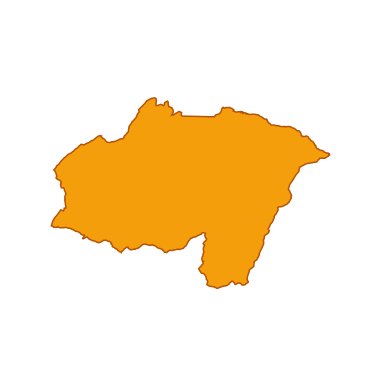 the district of Chupaca, Junín, Peru, rotated 232°
{"feature_id": "86281439B55611133848114", "entity_name": "Chupaca", "entity_type": "district", "adm_level": 2, "iso_a3": "PER", "parent_name": "Peru", "parent_adm1": "Junín", "projection": "equal_earth", "projection_center": [-75.432, -12.21], "detail": "fine", "context": "isolated", "style": "filled", "palette": "amber", "viewbox_px": 384, "rotation_deg": 232, "n_neighbors": 0, "source": "geoboundaries", "source_scale": "gbopen_adm2", "svg_char_len": 6053}
<svg xmlns="http://www.w3.org/2000/svg" viewBox="0 0 384 384"><g transform="rotate(232 192 192)"><path d="M140.0,322.0L142.1,320.7L142.9,321.0L143.6,320.5L144.2,320.3L145.8,319.1L146.4,318.3L147.8,318.2L148.6,317.8L149.0,317.3L151.1,317.3L151.9,318.0L153.0,318.0L153.5,317.6L154.6,318.1L155.5,318.0L155.9,318.2L156.9,318.3L159.6,317.3L160.6,317.5L161.8,317.2L164.0,317.4L165.5,316.8L165.9,316.2L166.9,313.9L167.4,313.5L168.0,313.7L168.7,312.8L169.7,313.0L170.5,313.6L172.2,314.1L174.4,314.0L175.4,312.6L179.5,311.7L179.9,311.1L181.5,310.2L182.3,310.1L184.3,308.3L186.3,305.2L186.9,305.1L187.2,304.3L188.3,303.0L189.5,301.8L190.8,301.1L192.5,299.1L193.6,298.5L196.2,295.5L197.9,295.6L198.6,295.1L200.1,295.1L200.7,294.7L202.2,295.6L202.6,295.2L203.5,295.6L204.1,294.5L206.2,293.5L207.0,293.6L209.7,292.3L212.0,291.7L215.3,288.6L217.8,284.9L218.3,284.4L218.7,284.4L219.1,283.8L219.6,283.9L220.0,282.9L220.9,283.1L221.1,282.5L221.5,282.7L222.1,282.2L222.7,281.5L222.4,280.9L222.6,280.5L223.2,281.4L224.1,281.1L224.3,280.0L224.7,280.6L225.0,280.4L225.0,279.6L225.3,279.7L225.5,280.2L225.6,279.0L226.1,278.7L226.9,277.6L227.2,276.7L228.0,275.9L230.3,274.3L230.6,274.5L230.7,275.4L231.1,275.6L231.8,275.1L233.4,274.9L234.6,273.9L236.0,273.3L236.2,272.5L237.5,270.9L238.1,269.0L238.4,268.8L239.0,269.0L239.5,268.6L239.7,268.2L239.2,266.7L237.5,264.6L237.0,263.1L236.9,261.2L238.1,258.2L238.0,257.2L237.4,256.0L257.9,230.9L258.9,230.8L259.7,231.2L261.0,232.7L263.3,231.5L263.6,230.9L263.6,228.9L263.9,228.1L264.2,225.1L265.0,223.2L266.0,225.7L266.9,226.7L268.6,227.7L271.0,227.9L273.5,226.3L276.0,227.4L277.5,228.6L278.7,228.6L279.1,226.8L279.2,225.3L277.7,223.7L277.5,222.8L280.2,221.5L281.6,217.6L282.2,217.0L282.9,217.2L286.4,220.6L288.1,221.2L289.2,220.5L290.8,217.4L291.7,212.6L290.7,208.9L289.8,201.0L289.4,200.3L287.6,199.8L287.4,199.3L287.3,198.0L286.9,196.9L285.3,194.1L284.9,193.1L284.1,187.7L283.4,186.5L282.7,183.6L282.0,182.2L281.5,182.0L280.2,180.3L278.8,179.2L278.5,177.1L278.1,176.3L277.8,173.1L276.8,171.7L276.6,170.7L276.8,169.9L277.9,168.2L278.9,163.4L279.8,161.6L279.9,160.8L280.7,160.1L281.1,159.4L281.7,157.4L283.1,156.1L284.6,155.5L287.4,155.5L288.8,155.1L289.1,154.8L290.4,154.7L291.2,154.4L291.9,155.2L292.6,154.4L293.2,154.1L293.6,152.9L293.8,150.2L293.6,146.2L294.3,144.2L294.4,141.5L294.8,139.7L295.3,139.0L295.3,137.9L295.5,136.3L295.8,135.7L297.0,134.7L297.3,134.7L297.8,133.9L297.7,130.6L297.2,129.3L297.6,126.7L297.1,123.6L297.3,122.2L297.1,120.7L297.6,119.2L297.8,117.5L297.8,115.8L297.4,113.5L297.6,112.6L296.9,107.6L296.1,104.9L295.8,102.6L296.0,101.4L295.2,100.4L294.5,96.7L293.2,97.0L290.0,96.2L288.9,95.6L288.0,95.5L287.5,95.0L287.1,93.8L286.7,93.6L284.8,93.7L283.5,94.6L281.2,95.2L280.7,94.8L279.7,94.7L279.4,93.6L278.9,93.0L275.8,91.6L274.4,93.2L273.3,93.4L272.2,92.6L270.1,92.2L268.0,91.3L267.1,89.6L266.0,88.3L265.2,88.0L264.6,87.5L264.2,87.5L264.1,86.9L257.9,83.4L257.0,82.7L257.9,81.3L256.9,80.4L256.3,79.1L258.7,77.7L256.8,71.1L256.3,68.2L255.2,65.2L252.0,60.3L251.0,61.1L249.2,61.4L247.9,63.2L247.9,63.5L247.0,64.4L247.1,64.8L245.1,66.0L242.7,69.1L241.9,70.7L239.4,72.5L238.5,73.7L237.5,73.9L233.8,75.9L232.8,76.0L231.6,77.3L229.0,78.5L227.4,78.5L225.6,79.1L224.3,80.7L224.0,80.6L223.3,79.3L222.8,77.2L222.2,77.3L221.4,81.4L221.0,81.7L218.7,81.8L217.4,82.4L214.2,84.1L213.1,85.3L211.3,86.0L210.0,86.8L209.1,88.0L208.5,90.6L208.4,92.4L207.4,94.1L206.8,94.7L205.1,95.4L203.7,96.5L202.7,97.0L201.7,96.9L201.0,96.2L200.4,96.5L199.1,96.4L198.2,95.7L197.6,95.7L196.4,96.4L194.4,96.9L193.2,97.6L191.7,97.6L190.6,98.1L189.8,98.0L188.4,99.1L187.9,99.0L188.5,100.1L188.2,101.0L188.8,103.4L188.6,106.9L187.8,107.7L187.1,107.2L186.2,107.2L185.3,107.8L184.3,108.0L183.5,109.1L182.8,111.1L181.9,111.9L181.8,113.2L181.3,113.9L180.8,115.6L181.0,120.7L180.5,121.9L179.2,123.7L178.3,123.9L177.5,124.8L176.1,125.7L175.7,126.6L175.4,126.7L174.9,128.4L173.9,128.5L173.1,129.3L171.5,130.1L168.8,130.7L166.8,132.3L165.7,132.7L165.0,133.4L163.8,133.1L162.7,133.4L162.0,133.2L161.0,133.6L160.6,134.3L159.9,134.7L160.0,137.2L159.9,138.2L157.7,140.9L157.2,142.5L156.1,144.7L155.3,146.0L154.4,146.7L153.9,148.5L153.0,150.3L153.1,151.4L153.4,152.3L153.4,154.0L153.6,154.9L155.0,157.7L155.1,158.6L155.6,159.1L155.7,160.8L156.1,161.5L156.3,162.2L155.8,163.4L155.6,165.0L154.6,166.9L154.2,168.4L154.2,169.5L153.7,170.6L153.6,171.7L153.0,173.4L153.6,174.7L153.3,175.6L151.7,177.0L151.2,177.2L150.4,175.8L148.8,174.8L147.3,174.5L146.2,174.7L145.8,174.5L145.2,173.1L145.0,170.3L144.5,169.1L143.9,168.8L143.2,168.8L142.7,169.2L142.3,169.2L141.3,167.1L140.5,166.1L138.9,165.0L137.9,164.8L136.2,162.5L135.3,161.6L133.9,159.2L133.0,158.5L131.4,157.7L130.9,157.7L130.2,158.4L129.9,157.3L128.7,156.6L128.4,154.3L127.8,152.9L127.8,151.2L127.3,149.9L122.8,149.4L122.0,149.7L120.8,150.8L119.2,151.1L117.2,150.9L116.2,150.7L114.3,149.5L113.2,149.7L112.0,149.4L111.3,148.8L110.0,146.7L107.2,147.7L103.5,151.1L100.5,152.5L98.8,158.1L96.8,161.9L96.7,164.6L97.1,166.2L97.1,168.7L95.3,169.4L92.9,169.1L92.4,169.3L91.7,172.9L90.0,174.1L88.2,174.1L87.4,174.7L86.8,175.6L86.3,176.7L86.5,178.2L86.2,180.6L86.4,181.0L88.9,181.5L90.4,182.6L92.1,184.9L93.6,187.4L95.1,189.1L95.4,189.8L95.2,192.5L95.4,194.8L97.5,196.8L98.8,198.5L98.7,201.2L100.2,204.6L101.0,206.2L102.3,207.5L103.3,209.2L105.1,213.2L107.0,216.4L108.2,217.5L110.2,218.7L110.8,220.1L112.7,222.1L112.9,223.1L112.7,226.3L112.8,227.4L113.4,228.0L113.7,229.0L116.1,229.3L116.8,231.4L118.2,233.8L119.0,237.1L121.2,241.1L122.0,241.6L122.6,242.8L123.0,244.8L124.6,248.5L124.8,248.8L126.9,249.8L127.0,250.8L126.9,251.1L125.2,253.7L124.3,257.5L124.0,259.4L124.3,262.6L125.4,264.5L126.0,266.5L127.3,267.0L127.7,268.0L128.1,268.4L131.2,269.0L132.4,269.5L134.4,269.6L135.2,270.0L135.8,270.8L137.8,273.8L139.0,277.8L141.6,284.7L142.4,288.8L145.2,291.9L144.0,299.4L139.0,308.6L139.0,309.2L139.5,310.6L139.5,312.1L139.9,313.3L139.6,314.1L136.9,317.3L136.8,317.8L136.4,321.5L136.4,323.0L137.2,322.9L137.1,323.6L137.4,323.7L137.7,323.1L138.6,323.4L140.0,322.0Z" fill="#f59e0b" stroke="#b45309" stroke-width="1.5"/></g></svg>